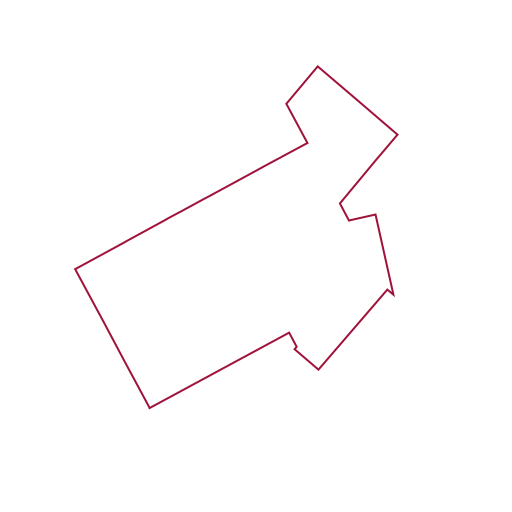 outline of Independencia, Chaco, Argentina, rotated 220°
{"feature_id": "61730980B54017945662210", "entity_name": "Independencia", "entity_type": "district", "adm_level": 2, "iso_a3": "ARG", "parent_name": "Argentina", "parent_adm1": "Chaco", "projection": "mercator", "projection_center": [-60.743, -26.743], "detail": "fine", "context": "isolated", "style": "outline", "palette": "rose", "viewbox_px": 512, "rotation_deg": 220, "n_neighbors": 0, "source": "geoboundaries", "source_scale": "gbopen_adm2", "svg_char_len": 690}
<svg xmlns="http://www.w3.org/2000/svg" viewBox="0 0 512 512"><g transform="rotate(220 256 256)"><path d="M330.6,392.1L289.2,375.6L290.9,371.5L308.1,328.3L308.8,326.4L326.2,282.1L328.1,277.3L328.2,277.0L333.0,265.1L342.7,240.4L345.9,232.6L347.4,228.7L347.8,227.7L348.7,225.2L364.6,184.6L365.9,181.0L386.1,129.7L339.8,111.3L337.4,110.4L291.4,91.8L288.7,90.7L240.2,71.4L239.8,71.1L182.1,216.7L181.4,218.6L166.5,212.6L166.5,209.4L135.1,209.1L134.2,280.9L133.8,314.7L131.3,314.7L125.9,314.7L126.9,315.5L191.1,364.6L206.9,343.9L207.5,342.9L225.5,350.2L225.8,406.1L225.7,419.5L225.6,439.9L278.0,440.5L278.4,440.5L330.6,440.9L330.6,392.1Z" fill="none" stroke="#9f1239" stroke-width="2"/></g></svg>